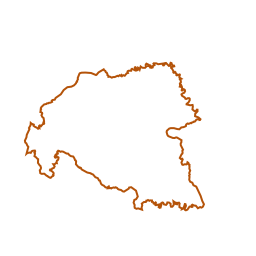 Makeoana, Berea, Lesotho, rotated 287°
{"feature_id": "5366337B60128688215612", "entity_name": "Makeoana", "entity_type": "district", "adm_level": 2, "iso_a3": "LSO", "parent_name": "Lesotho", "parent_adm1": "Berea", "projection": "albers", "projection_center": [28.111, -29.223], "detail": "fine", "context": "isolated", "style": "outline", "palette": "amber", "viewbox_px": 256, "rotation_deg": 287, "n_neighbors": 0, "source": "geoboundaries", "source_scale": "gbopen_adm2", "svg_char_len": 5736}
<svg xmlns="http://www.w3.org/2000/svg" viewBox="0 0 256 256"><g transform="rotate(287 128 128)"><path d="M157.6,194.7L158.7,192.3L158.9,188.7L161.2,188.1L164.3,189.6L165.8,189.1L165.7,188.5L164.2,188.0L163.5,186.8L164.6,184.2L167.6,183.7L168.9,183.0L167.9,180.8L167.7,177.1L168.2,177.0L170.2,178.4L172.7,178.9L174.1,178.4L174.4,177.7L174.0,176.5L172.9,175.4L172.7,174.4L173.7,173.5L174.7,170.1L175.8,169.3L177.1,170.2L178.2,171.5L180.0,171.8L181.1,171.1L181.4,170.0L179.9,169.2L179.6,168.7L179.8,168.3L181.7,168.2L182.8,167.7L182.7,165.4L183.5,165.4L184.2,166.6L184.9,166.0L185.0,164.9L185.7,164.6L187.3,165.2L188.7,164.6L189.7,163.4L190.7,164.6L191.3,162.5L191.8,162.1L194.0,162.1L194.3,161.7L192.6,159.3L192.8,158.7L194.0,158.6L194.4,157.5L195.2,157.1L195.4,156.6L194.2,155.7L194.4,155.1L195.9,154.6L197.6,152.7L198.1,151.6L198.8,151.5L200.5,154.2L201.0,153.9L201.2,153.6L200.6,152.2L202.8,150.6L202.8,149.7L201.4,149.6L200.0,150.0L199.3,149.0L201.3,145.3L200.9,144.5L199.9,144.6L198.3,143.9L198.2,143.3L198.6,142.9L199.6,143.3L200.1,143.1L197.8,138.2L198.1,136.3L197.4,133.7L196.9,133.5L195.9,134.9L194.6,133.7L193.1,133.9L192.4,132.8L192.3,131.5L192.9,131.2L193.9,131.8L194.4,131.1L194.3,130.1L193.2,129.6L193.1,129.1L194.6,128.9L194.9,126.8L193.9,126.4L192.8,126.7L192.0,127.5L190.6,126.8L189.8,124.1L190.5,122.1L187.4,122.1L188.2,121.4L188.6,120.0L186.3,120.4L185.6,119.4L188.1,117.9L188.3,117.1L187.9,116.8L186.2,117.8L185.2,117.8L185.8,114.6L185.2,114.1L183.7,114.3L182.9,111.8L182.2,111.1L181.5,111.1L180.6,111.9L179.8,110.7L177.0,109.6L177.1,107.9L175.8,107.1L176.7,106.1L175.8,105.7L176.0,104.5L174.7,103.7L174.8,102.6L172.8,100.4L172.4,98.9L171.4,97.8L171.8,95.6L171.2,94.3L172.2,93.9L172.6,92.8L173.3,92.7L174.7,91.5L174.8,90.5L176.0,89.6L176.2,88.4L177.0,87.6L172.6,83.6L169.6,82.3L169.3,81.9L169.8,76.6L168.6,71.3L167.4,67.6L166.3,65.9L165.8,65.7L161.1,65.3L159.9,65.9L158.3,65.5L157.4,65.8L156.8,65.2L155.5,65.2L153.0,63.9L151.0,61.8L149.3,58.1L145.5,55.4L140.6,53.9L135.6,50.0L133.7,49.7L132.7,47.7L131.9,47.1L130.8,47.8L129.6,46.5L128.9,44.9L128.4,44.7L127.9,43.3L127.1,42.9L126.0,40.9L122.8,39.1L121.4,38.8L120.6,39.4L119.6,39.1L118.8,39.6L117.7,39.5L117.4,41.4L116.6,41.8L114.9,41.5L113.5,42.8L112.8,44.4L109.8,45.8L108.7,45.4L108.3,45.8L108.5,46.2L107.9,46.5L107.2,46.3L107.0,45.5L104.3,44.3L104.8,43.0L104.1,42.4L103.6,42.4L103.0,43.1L102.3,43.3L102.6,42.7L102.0,42.8L101.0,42.2L101.6,40.9L102.0,38.4L102.6,36.9L103.7,36.9L103.9,34.6L104.4,33.5L102.2,34.0L99.0,33.3L98.2,34.1L91.9,33.2L89.3,33.6L85.8,33.1L84.1,34.0L83.6,35.3L81.8,36.8L80.8,38.2L73.8,38.5L74.6,39.0L75.8,41.2L75.8,42.3L77.6,42.7L78.4,43.6L79.2,45.5L78.7,46.0L77.7,46.1L77.0,45.7L76.2,46.6L73.7,46.8L73.1,48.7L72.3,49.9L71.9,51.2L68.3,52.1L66.4,54.5L66.2,55.3L64.4,56.5L63.0,56.5L61.8,56.0L59.2,57.3L58.9,58.6L59.8,61.4L58.5,64.2L58.6,65.0L58.0,66.0L57.6,68.2L58.1,68.9L59.1,69.2L60.4,70.5L61.0,70.6L61.5,70.0L62.4,70.3L63.2,70.0L64.0,68.8L64.8,66.8L64.6,66.1L65.0,65.6L65.6,65.7L66.0,67.0L67.2,67.4L68.1,68.7L69.8,69.1L71.5,67.2L71.8,68.4L73.5,69.4L73.6,70.2L74.6,69.6L76.1,69.6L76.6,70.2L77.8,70.5L79.5,70.2L79.7,69.9L79.5,68.9L78.4,67.4L78.5,66.8L79.2,66.3L79.6,66.5L79.6,67.7L80.2,68.1L81.0,67.4L81.1,66.6L81.8,66.9L82.9,68.4L83.4,68.3L83.7,67.5L84.7,67.3L85.7,67.8L85.5,68.1L85.9,68.9L85.5,70.4L86.2,71.4L86.4,72.9L85.6,76.7L86.0,78.2L84.9,79.9L84.4,81.5L84.7,84.0L83.2,85.7L81.7,86.8L81.7,87.4L81.0,88.1L78.1,88.8L76.1,92.1L75.8,93.2L76.2,93.3L76.1,94.6L75.0,95.5L74.7,96.3L73.5,102.1L73.8,105.6L73.5,106.0L73.3,108.2L71.4,111.2L71.2,113.8L69.4,115.6L69.5,116.5L66.8,118.5L66.0,120.0L65.8,121.7L64.7,123.8L64.8,125.4L66.5,126.7L65.9,127.1L64.6,126.7L65.5,128.9L65.3,129.6L65.8,129.9L67.0,131.8L67.0,132.9L67.7,133.5L67.5,135.0L66.7,136.2L66.5,137.3L66.7,139.4L65.9,141.5L66.0,142.8L70.2,146.4L71.4,146.5L72.3,148.4L70.4,154.0L65.3,157.4L62.3,156.6L61.1,155.1L58.2,155.2L56.3,156.9L55.0,157.1L53.6,157.8L53.2,159.7L54.1,161.2L54.0,165.3L55.6,164.3L58.4,164.2L59.7,163.3L61.8,164.8L62.5,166.7L63.9,166.8L64.0,167.4L65.0,168.2L64.6,169.7L65.2,170.2L65.7,172.1L64.5,172.5L64.7,172.9L64.4,173.8L63.3,174.5L63.2,175.0L64.9,176.2L64.6,176.6L63.2,176.4L62.3,176.8L62.3,177.3L63.2,178.4L63.1,179.8L64.0,180.0L64.2,180.4L63.0,180.9L61.4,180.4L60.9,181.5L61.4,182.4L64.6,182.3L65.8,181.8L66.8,182.6L66.8,183.5L65.5,184.7L65.6,186.9L66.6,187.4L68.3,187.4L68.7,189.0L68.0,190.9L66.5,191.3L65.3,192.2L65.7,193.4L67.3,194.1L68.5,194.1L71.2,192.9L70.6,194.5L70.6,195.8L69.3,195.8L69.3,196.3L69.4,197.3L71.0,197.5L71.5,198.6L70.8,199.5L69.4,199.6L67.3,200.4L66.9,202.9L66.6,203.3L66.1,203.3L66.5,203.8L68.9,204.6L71.9,204.6L72.0,205.2L70.5,206.2L66.9,205.8L66.3,206.6L66.2,207.4L67.3,208.7L70.8,209.8L71.2,210.5L71.1,212.0L71.4,212.6L72.0,212.5L72.9,211.6L73.5,212.0L73.2,213.8L73.5,215.6L71.7,218.3L73.5,220.1L73.3,221.4L74.1,222.3L75.0,222.7L77.3,222.9L79.9,220.4L84.3,217.3L91.9,210.4L92.4,207.3L94.5,205.5L94.8,203.2L96.4,201.7L99.4,201.1L100.2,200.4L101.5,200.7L102.8,199.7L105.5,199.9L107.0,198.6L109.5,198.0L109.8,197.6L110.8,197.6L111.2,196.7L112.3,195.9L112.6,194.9L110.8,195.0L110.3,194.6L109.9,192.8L108.8,191.4L108.9,190.5L110.6,189.2L113.9,189.5L114.5,188.8L113.8,187.6L114.5,186.3L118.5,186.9L119.2,187.4L120.1,187.5L122.2,186.6L123.3,187.0L127.1,183.4L128.7,182.9L129.8,183.2L132.0,182.7L133.2,177.6L133.1,176.8L132.0,175.4L131.6,173.7L132.0,168.9L133.0,167.6L135.4,166.1L136.8,166.0L139.5,167.6L140.3,168.8L141.3,172.0L141.4,175.5L141.8,177.5L144.1,178.8L145.1,180.9L146.7,182.8L148.3,182.6L149.6,183.5L149.8,183.8L149.7,184.8L151.3,186.7L151.2,187.2L152.0,187.6L152.9,189.0L153.3,189.0L153.9,190.2L155.9,190.9L156.3,191.3L157.1,193.1L157.1,193.7L156.5,194.0L156.7,194.5L157.6,194.7Z" fill="none" stroke="#b45309" stroke-width="2"/></g></svg>